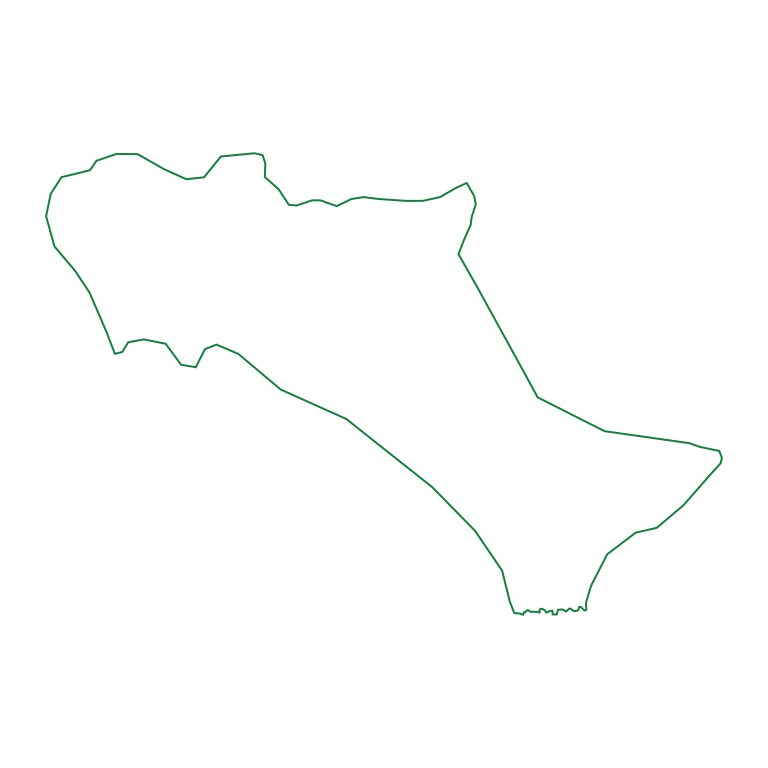 Mvila, Sud, Cameroon
{"feature_id": "32672807B58704883317804", "entity_name": "Mvila", "entity_type": "district", "adm_level": 2, "iso_a3": "CMR", "parent_name": "Cameroon", "parent_adm1": "Sud", "projection": "natural_earth1", "projection_center": [11.499, 2.757], "detail": "fine", "context": "isolated", "style": "outline", "palette": "green", "viewbox_px": 768, "rotation_deg": 0, "n_neighbors": 0, "source": "geoboundaries", "source_scale": "gbopen_adm2", "svg_char_len": 1544}
<svg xmlns="http://www.w3.org/2000/svg" viewBox="0 0 768 768"><path d="M253.1,153.4L220.9,156.5L204.0,177.3L186.3,179.2L163.9,169.1L145.1,158.4L137.8,154.2L116.6,153.9L96.4,160.8L92.4,166.7L90.0,170.2L79.1,172.9L61.5,177.2L56.3,185.2L50.7,193.8L46.1,216.3L54.5,246.5L75.0,270.7L89.5,292.5L106.4,331.7L114.9,353.8L122.3,352.0L128.2,342.3L143.9,339.4L165.7,343.8L181.1,364.8L195.8,367.2L205.0,349.1L216.4,344.6L238.2,353.8L280.8,389.6L346.3,419.0L432.5,487.4L475.1,530.9L502.1,570.6L509.8,601.6L514.3,613.1L519.8,613.5L523.1,614.7L524.0,612.3L525.4,612.1L526.8,610.5L528.1,610.2L530.2,611.7L536.0,611.8L539.5,612.5L539.5,609.9L540.5,608.8L542.4,608.9L544.7,610.3L546.7,612.6L550.0,610.9L552.5,610.9L552.7,614.4L553.7,614.4L556.6,614.5L558.0,609.8L562.4,609.4L566.0,611.5L569.3,608.6L570.7,608.7L572.9,610.6L575.6,611.2L578.2,610.2L579.3,607.0L581.2,607.2L584.2,610.3L585.8,610.4L586.2,609.7L586.3,609.6L586.0,602.8L591.1,585.7L607.2,554.3L635.6,532.7L656.8,527.8L674.6,512.7L683.4,505.3L708.8,476.3L711.0,473.9L720.6,463.3L721.9,457.9L719.2,450.9L700.2,447.0L689.3,443.2L604.6,431.2L537.7,397.4L525.4,374.8L477.6,287.8L458.5,254.2L464.2,239.4L470.7,224.8L471.6,217.4L475.8,204.2L474.1,195.9L466.7,183.0L458.0,187.0L455.8,188.0L440.1,197.1L424.0,200.6L422.3,200.9L406.6,200.9L384.3,199.4L378.7,199.0L363.6,197.1L361.4,197.4L351.4,199.0L336.8,206.1L322.8,201.2L320.1,200.3L312.3,200.3L298.3,204.9L296.6,205.5L288.8,204.8L278.7,189.3L264.8,177.0L265.3,163.5L262.6,155.1L254.6,153.3L253.1,153.4Z" fill="none" stroke="#15803d" stroke-width="2"/></svg>